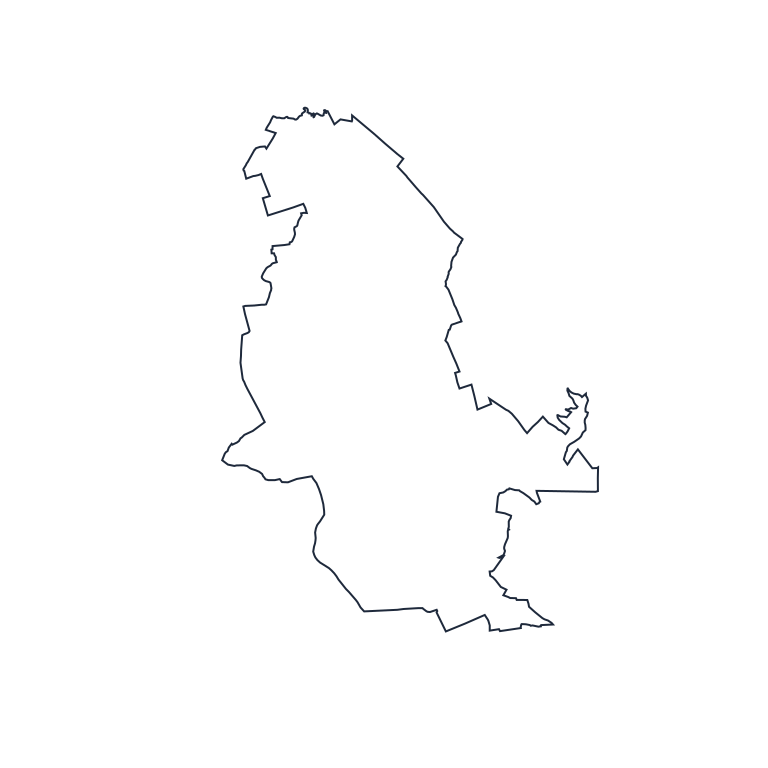 the district of Oteleni, Iasi, Romania, rotated 155°
{"feature_id": "2599482B92750391134377", "entity_name": "Oteleni", "entity_type": "district", "adm_level": 2, "iso_a3": "ROU", "parent_name": "Romania", "parent_adm1": "Iasi", "projection": "orthographic", "projection_center": [27.012, 47.088], "detail": "fine", "context": "isolated", "style": "outline", "palette": "slate", "viewbox_px": 768, "rotation_deg": 155, "n_neighbors": 0, "source": "geoboundaries", "source_scale": "gbopen_adm2", "svg_char_len": 6160}
<svg xmlns="http://www.w3.org/2000/svg" viewBox="0 0 768 768"><g transform="rotate(155 384 384)"><path d="M251.5,482.2L256.6,491.7L256.9,493.0L258.6,497.0L261.1,505.8L264.1,523.3L268.8,539.0L269.6,540.9L272.0,548.9L275.5,561.3L275.8,563.1L279.9,575.5L271.3,580.0L274.6,586.5L281.4,601.4L287.4,615.2L299.4,640.9L301.5,636.3L302.2,635.6L311.6,642.2L319.2,640.3L319.8,655.1L320.6,655.3L321.8,657.2L322.5,657.4L322.8,657.1L322.8,656.7L321.8,655.2L322.0,654.3L323.4,655.3L324.4,654.5L325.2,653.1L326.3,653.1L327.8,654.0L330.0,657.1L330.5,657.6L331.8,657.5L333.2,656.7L334.4,655.6L335.1,655.6L335.1,655.9L334.9,656.4L333.5,657.7L333.3,658.7L333.5,659.0L334.6,658.9L335.4,658.1L336.2,658.0L335.9,659.8L336.3,660.4L337.4,660.8L337.3,661.3L337.5,661.7L338.5,662.5L337.3,664.3L337.1,665.3L337.2,666.1L338.2,667.4L339.1,667.9L339.9,667.9L340.4,667.6L340.5,667.1L339.8,665.7L339.8,665.2L340.6,664.4L343.6,663.9L344.2,663.6L344.9,662.2L346.8,662.5L348.1,662.2L350.3,661.0L351.8,660.8L352.8,661.2L353.8,662.7L358.5,665.6L358.6,666.7L358.8,667.0L359.6,667.3L362.2,667.0L364.4,668.1L366.3,669.6L368.7,670.6L369.8,672.1L371.1,673.4L371.7,673.3L374.9,670.9L376.6,669.3L381.9,665.9L383.7,664.3L376.1,657.2L381.1,653.5L391.1,647.0L391.5,649.6L396.1,651.3L400.2,651.8L400.8,651.7L401.6,651.0L402.3,651.0L413.8,642.7L415.2,642.0L416.7,640.7L420.6,638.2L420.8,637.8L421.0,636.8L420.6,636.1L422.1,628.3L414.6,627.7L412.8,627.1L409.4,626.4L406.6,626.3L407.1,621.3L408.1,602.6L415.3,603.6L418.0,585.8L391.8,582.4L381.0,581.4L380.9,577.0L381.7,571.6L384.2,573.0L387.0,573.7L387.3,571.7L392.3,568.3L393.6,566.9L395.6,564.3L396.4,563.9L398.9,563.8L399.7,562.8L400.2,561.7L400.8,558.9L401.4,557.3L403.2,555.3L407.0,552.1L408.3,551.9L409.5,552.2L410.6,550.6L415.7,552.1L426.7,556.1L428.1,553.2L429.3,553.4L430.6,549.9L428.4,548.9L428.7,547.2L428.4,544.7L429.5,542.3L429.6,540.1L429.7,539.7L433.6,540.4L434.7,540.3L436.8,539.3L440.1,539.1L441.8,538.6L446.7,535.4L449.4,533.0L449.8,531.8L449.5,530.5L448.8,528.8L447.6,527.2L445.0,525.0L444.3,524.0L444.2,523.4L445.3,519.4L445.6,518.3L446.1,517.8L446.6,516.8L449.0,514.6L451.6,511.3L457.2,506.0L458.9,506.4L461.3,507.5L468.5,510.0L476.7,513.4L478.7,513.7L480.4,506.2L483.4,488.9L484.6,488.1L486.2,487.9L489.9,488.2L491.9,488.1L499.0,475.4L501.8,469.8L505.1,463.9L509.8,448.7L510.0,447.0L509.8,445.2L510.0,441.5L509.9,437.3L508.4,409.7L508.4,405.1L508.2,399.9L522.7,396.9L532.1,396.9L535.6,395.6L537.0,395.4L539.6,393.6L542.0,393.1L547.0,393.1L547.3,394.2L551.5,392.0L554.2,389.3L556.2,389.0L557.8,388.1L562.9,383.3L559.5,376.9L554.3,373.0L552.0,372.5L548.6,371.0L545.2,369.4L542.7,367.5L541.1,364.5L540.0,363.1L536.6,359.9L534.2,357.2L532.5,354.0L532.5,351.4L532.0,349.8L531.7,347.7L529.4,345.7L523.6,343.0L518.7,341.9L517.9,338.2L512.6,335.5L503.2,334.8L488.4,330.9L488.2,328.0L487.1,322.8L487.3,316.3L488.0,309.9L489.8,300.7L491.9,294.3L493.4,290.8L500.1,286.5L503.1,285.0L504.4,284.2L506.8,281.8L509.2,278.5L511.0,273.3L512.2,271.2L513.8,268.8L516.2,266.1L519.0,262.0L519.5,258.4L519.5,255.8L518.8,252.6L517.4,249.2L511.7,240.4L510.4,237.4L509.1,233.5L508.3,229.7L507.9,226.0L505.1,214.3L503.7,210.4L500.8,200.2L500.2,197.4L499.7,191.4L498.1,186.3L467.3,173.7L461.3,171.8L448.2,166.6L443.8,164.6L443.5,163.7L441.7,160.3L440.9,159.2L438.7,157.9L431.7,157.1L431.7,155.7L432.9,154.7L432.5,133.6L411.8,132.6L390.3,132.1L389.5,126.6L389.5,125.2L390.2,120.5L392.4,115.8L383.4,113.2L383.3,111.0L363.1,105.0L362.9,105.8L362.1,106.9L361.1,108.1L360.6,108.2L357.0,106.3L353.7,103.9L353.2,102.9L351.4,102.4L346.6,98.8L344.3,98.1L344.1,98.8L343.5,99.1L332.5,94.6L333.1,96.7L335.3,100.3L338.0,102.9L339.4,104.9L343.5,113.3L346.7,120.8L345.9,123.8L345.4,127.7L355.0,132.2L354.9,134.1L360.1,136.7L361.5,138.5L365.1,142.1L359.9,145.8L363.9,150.7L365.8,159.1L367.0,162.6L368.8,165.3L367.5,169.4L365.4,168.6L363.2,168.9L348.8,177.1L352.9,177.6L353.5,178.2L347.8,178.5L345.4,181.0L344.9,181.6L344.7,183.9L344.0,185.4L342.1,187.6L337.0,192.1L336.0,193.7L334.2,198.0L333.4,199.2L332.2,199.2L332.5,200.4L331.3,201.7L329.1,206.6L327.8,207.8L325.9,208.9L324.5,210.9L329.1,215.7L336.1,220.7L328.4,233.6L325.5,236.2L321.7,235.3L319.2,235.6L317.2,236.3L315.4,235.8L314.5,236.4L310.1,232.5L306.4,230.5L306.1,229.5L303.8,226.2L300.2,219.7L299.1,216.5L297.4,213.9L296.8,210.7L294.2,210.5L292.8,211.4L292.1,211.4L291.4,220.7L290.9,222.7L237.8,196.9L235.4,196.5L230.0,208.3L225.2,218.0L226.4,217.8L230.8,219.6L235.9,242.8L242.9,239.2L244.0,238.2L248.7,235.6L248.7,235.2L251.8,233.5L252.8,239.8L248.0,245.3L246.6,246.1L244.7,249.0L243.5,249.8L241.0,250.8L236.1,251.2L230.2,252.2L227.6,253.2L224.3,256.0L220.9,257.0L219.9,258.9L218.8,261.9L218.4,264.2L217.5,266.1L216.6,267.3L213.4,269.3L211.3,271.9L213.0,273.8L211.9,276.5L210.0,279.0L206.0,282.9L205.6,285.7L205.9,288.0L205.1,289.9L210.1,288.5L210.6,290.2L211.9,292.1L212.9,293.0L213.7,293.3L216.1,295.1L217.7,297.1L218.8,299.4L219.3,302.3L219.6,302.3L220.6,300.5L220.6,297.6L221.0,294.9L219.4,291.1L219.3,289.1L219.6,286.8L219.1,284.0L218.2,281.7L220.0,280.8L220.7,281.0L223.0,281.7L224.6,283.2L227.6,283.0L228.8,283.5L229.7,284.3L230.0,284.2L230.0,283.7L228.3,281.5L226.8,280.2L226.3,279.4L232.5,276.6L234.0,277.9L237.8,280.0L239.6,282.4L240.1,282.4L240.8,280.1L240.4,277.3L238.8,273.2L237.1,270.5L236.2,268.2L234.9,265.6L237.6,263.5L240.1,262.1L240.8,261.9L242.8,266.5L245.2,268.8L246.4,272.0L248.5,275.3L251.4,279.2L253.8,287.3L260.6,284.5L267.4,282.4L275.1,279.0L276.2,283.0L278.1,293.5L280.7,303.0L282.6,307.1L284.3,309.1L294.7,326.2L295.3,320.6L310.1,321.3L307.2,334.9L305.0,346.5L317.5,348.0L316.8,354.5L315.3,361.3L314.9,364.0L310.3,363.4L309.8,372.0L309.7,378.8L309.1,394.1L310.0,397.5L307.3,400.1L302.4,405.7L301.4,405.5L298.4,408.7L297.4,409.1L287.3,408.0L287.0,411.4L287.0,416.5L286.8,417.3L286.6,422.7L286.9,425.8L286.2,432.0L285.7,442.3L286.5,446.0L286.9,446.7L286.1,447.5L285.6,448.4L284.8,451.0L283.2,451.9L281.7,453.3L281.1,453.9L281.1,454.2L278.8,456.5L278.2,458.0L277.7,458.5L275.3,459.9L273.5,461.6L273.4,462.4L271.2,466.2L268.0,469.4L264.1,470.9L262.2,472.8L261.2,473.3L259.5,476.3L255.9,478.9L254.6,479.5L254.2,480.2L251.9,481.6L251.5,482.2Z" fill="none" stroke="#1e293b" stroke-width="2"/></g></svg>